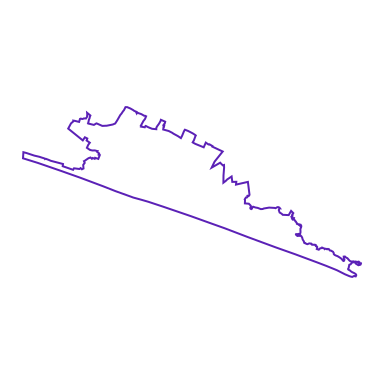 Benito Juárez, Guerrero, Mexico
{"feature_id": "50627088B69658113715616", "entity_name": "Benito Juárez", "entity_type": "district", "adm_level": 2, "iso_a3": "MEX", "parent_name": "Mexico", "parent_adm1": "Guerrero", "projection": "orthographic", "projection_center": [-100.362, 17.086], "detail": "fine", "context": "isolated", "style": "outline", "palette": "violet", "viewbox_px": 384, "rotation_deg": 0, "n_neighbors": 0, "source": "geoboundaries", "source_scale": "gbopen_adm2", "svg_char_len": 5908}
<svg xmlns="http://www.w3.org/2000/svg" viewBox="0 0 384 384"><path d="M291.1,210.9L288.7,215.1L282.7,214.8L281.6,213.7L279.6,212.5L278.8,210.1L279.4,208.4L280.0,208.4L279.4,207.6L278.7,207.3L278.1,207.1L277.3,207.2L275.5,208.2L274.4,207.9L269.1,207.6L263.8,208.5L262.7,209.0L260.8,209.1L257.7,207.9L255.4,207.5L253.1,206.7L252.6,207.1L251.9,208.7L251.2,209.1L250.7,208.8L250.4,208.5L250.3,207.9L250.9,206.5L250.9,206.0L250.3,205.2L248.8,203.7L244.9,203.4L245.0,200.0L244.7,199.4L245.9,197.5L246.6,197.5L247.0,197.4L247.3,196.7L247.4,195.8L247.9,195.7L248.5,196.1L249.2,195.5L249.5,194.7L247.9,181.9L236.0,184.6L236.3,181.8L232.3,181.9L231.6,176.5L227.1,179.5L225.9,180.8L223.4,182.7L223.5,175.5L224.1,167.6L224.0,165.0L222.9,165.4L221.3,163.9L220.2,162.7L211.7,167.6L214.6,161.6L222.7,151.5L213.3,147.1L212.3,146.6L212.5,146.1L209.6,144.4L209.4,144.6L208.3,144.2L208.2,144.3L205.8,142.6L203.7,147.3L195.4,143.9L193.7,143.0L192.7,142.4L193.9,140.3L195.4,136.2L195.8,135.5L195.4,135.1L192.8,133.4L188.2,131.0L184.9,129.7L184.4,130.4L183.7,131.9L182.1,135.8L180.9,138.1L177.9,136.1L173.3,133.6L172.4,132.9L168.7,131.0L163.2,129.5L163.6,126.4L164.0,126.6L164.3,125.3L163.5,125.0L163.7,124.7L164.9,123.1L165.2,121.7L160.9,119.8L160.5,121.1L159.2,123.4L158.4,124.6L157.6,125.6L156.6,127.2L156.3,128.0L156.3,129.2L152.1,128.8L148.2,127.2L145.7,125.9L145.5,126.0L144.8,127.3L141.4,126.7L141.7,126.3L141.2,125.7L140.9,125.6L141.9,123.8L143.4,121.0L145.0,119.0L146.1,116.3L145.1,115.8L144.0,115.7L142.4,114.7L140.8,113.9L138.9,113.3L137.1,112.5L136.7,113.3L136.2,112.3L136.4,111.8L136.1,111.7L134.1,110.8L133.2,110.1L130.4,108.5L127.1,107.1L125.5,107.1L123.9,110.3L123.0,111.3L121.5,113.6L120.3,115.0L117.2,120.4L115.2,123.5L112.8,124.5L106.8,125.7L102.3,125.9L96.6,123.4L96.4,123.4L93.9,124.9L88.1,123.5L88.0,123.3L88.2,123.1L88.9,119.8L89.7,117.8L89.7,117.2L90.4,115.5L87.1,112.8L87.3,115.1L87.1,115.7L87.2,116.5L86.7,117.4L86.2,118.0L85.9,118.5L85.4,118.4L84.9,118.5L84.0,118.4L83.1,118.8L82.4,119.0L81.7,118.9L80.9,118.6L80.0,118.9L79.1,121.9L74.6,120.8L73.3,120.6L73.4,121.3L71.0,123.4L68.2,128.6L82.8,140.4L84.9,137.3L87.3,138.5L86.6,140.5L89.8,142.7L88.2,144.9L86.9,147.8L89.9,149.9L90.3,149.9L90.6,150.1L92.5,150.5L94.3,150.4L95.2,150.5L97.4,151.1L97.5,151.1L97.2,151.9L99.1,153.4L98.6,154.7L99.8,155.1L98.3,158.9L95.1,157.8L94.7,158.8L92.7,158.0L91.9,158.8L90.5,157.5L88.5,158.2L85.0,160.6L84.6,161.0L84.0,161.2L84.7,162.9L83.2,164.9L83.5,168.5L81.9,169.3L80.6,168.1L79.4,169.0L74.0,168.3L73.1,169.8L62.7,166.2L63.0,164.0L50.8,160.8L48.5,159.8L45.8,158.8L45.3,158.8L45.0,159.0L44.8,158.6L43.8,158.2L41.8,157.6L39.4,156.8L34.3,155.6L26.4,153.0L23.4,152.2L23.0,158.3L37.8,162.9L61.9,171.2L65.8,172.6L80.2,177.7L103.2,186.3L115.4,191.1L131.0,196.7L133.1,197.5L141.5,199.8L148.4,201.8L163.5,206.8L190.7,216.1L211.6,223.6L224.8,228.3L247.6,237.0L275.8,247.4L295.3,254.3L317.1,262.4L326.3,265.9L335.2,269.5L337.3,270.4L345.0,274.3L349.5,276.2L351.2,276.7L352.3,276.9L354.0,276.0L354.9,276.0L355.3,276.1L355.2,276.3L355.7,276.4L356.2,275.5L356.2,274.9L356.1,274.6L355.4,273.8L354.6,273.4L353.9,272.9L352.2,272.2L351.8,271.9L350.7,271.2L349.9,270.4L348.5,269.7L348.2,269.4L348.1,269.0L348.3,268.5L348.7,267.9L348.9,266.5L349.3,265.2L349.2,265.0L349.4,264.7L350.6,264.3L352.1,262.5L353.1,262.4L353.5,262.0L354.6,261.9L355.1,262.3L355.2,262.9L355.8,263.6L357.7,264.8L357.8,264.6L358.0,264.6L358.4,264.8L358.6,265.0L358.8,264.8L359.7,265.0L360.6,264.5L360.9,263.7L361.0,263.3L360.9,263.2L360.6,263.4L359.5,263.0L359.1,262.7L358.8,262.7L358.6,262.6L358.8,262.2L358.6,262.2L358.5,261.7L358.3,261.7L358.0,262.3L357.8,262.1L357.1,262.0L356.4,261.7L355.9,261.8L355.3,261.5L354.2,261.7L353.1,261.3L352.7,261.5L352.1,261.6L350.5,261.3L349.5,260.6L347.4,258.2L346.8,257.9L345.9,257.5L345.1,256.6L344.7,256.5L343.7,256.6L343.7,257.1L343.9,257.3L343.9,257.5L344.0,257.7L343.8,258.9L344.0,259.3L344.4,259.7L344.3,260.1L344.0,260.8L343.6,261.0L343.4,260.9L342.9,260.6L342.3,259.7L342.0,259.5L341.4,258.7L339.3,257.2L338.3,256.7L337.9,256.3L337.4,256.1L336.0,255.6L334.6,254.9L333.8,254.1L333.7,253.0L333.0,251.8L332.3,251.3L331.6,251.1L330.8,250.5L329.9,250.5L329.6,250.3L329.1,249.3L328.0,248.9L327.0,249.0L326.9,249.2L326.3,248.9L325.8,248.9L325.4,248.7L324.8,248.8L324.7,248.9L324.6,248.7L323.9,248.3L323.4,248.3L322.7,247.8L322.4,247.7L322.4,247.9L321.7,248.1L321.0,248.1L320.1,248.4L319.9,248.7L319.4,249.0L319.0,249.6L318.6,249.7L318.3,249.6L318.0,249.3L317.6,249.2L317.1,249.2L316.8,249.0L317.2,248.4L317.1,247.6L317.2,247.2L317.2,246.9L316.7,246.3L316.5,246.2L316.1,246.3L315.9,246.2L315.7,245.8L315.8,245.1L315.2,244.8L314.9,244.9L314.4,244.7L314.2,244.8L313.6,244.7L312.9,244.8L311.8,244.6L311.7,244.4L311.7,244.0L311.6,243.8L311.3,243.6L311.0,243.6L310.9,243.8L310.4,243.5L309.5,243.4L308.9,243.5L307.7,244.1L307.1,244.1L306.2,243.8L305.5,243.2L305.3,243.3L304.9,243.2L304.4,242.9L304.5,242.7L304.2,242.5L303.9,241.8L303.9,241.4L302.7,239.6L302.2,237.7L301.5,236.4L301.1,236.0L300.7,235.8L300.5,235.4L300.2,235.3L300.1,235.6L300.3,235.7L300.2,235.9L299.6,235.9L299.1,235.7L297.8,236.0L297.3,235.9L296.0,234.7L295.9,234.3L296.1,234.1L296.5,234.3L297.1,234.1L297.4,234.2L298.7,233.9L299.0,234.2L299.5,234.3L300.1,233.7L300.4,232.8L300.5,232.1L300.4,228.8L301.0,227.6L301.3,226.5L301.2,225.6L301.1,225.4L300.8,225.5L300.6,225.7L300.7,226.1L300.4,226.2L300.0,225.7L300.3,225.2L300.2,225.1L300.2,224.7L299.9,224.7L299.9,224.9L299.5,225.0L299.2,225.0L299.2,224.7L298.9,224.2L297.7,224.2L297.2,224.1L296.9,223.8L297.0,223.3L296.7,223.0L296.0,221.9L295.5,221.5L295.4,221.3L295.5,221.2L295.0,220.7L294.8,220.3L294.4,219.9L294.2,219.3L293.6,219.1L293.5,218.8L293.8,218.1L293.4,218.1L293.1,218.3L293.3,218.8L293.2,219.1L293.4,219.5L292.9,219.7L292.4,219.3L291.6,217.5L291.8,216.6L292.1,217.4L292.4,216.9L292.3,216.4L292.0,216.3L292.4,216.0L292.6,214.3L293.3,213.1L291.1,210.9Z" fill="none" stroke="#5b21b6" stroke-width="2"/></svg>